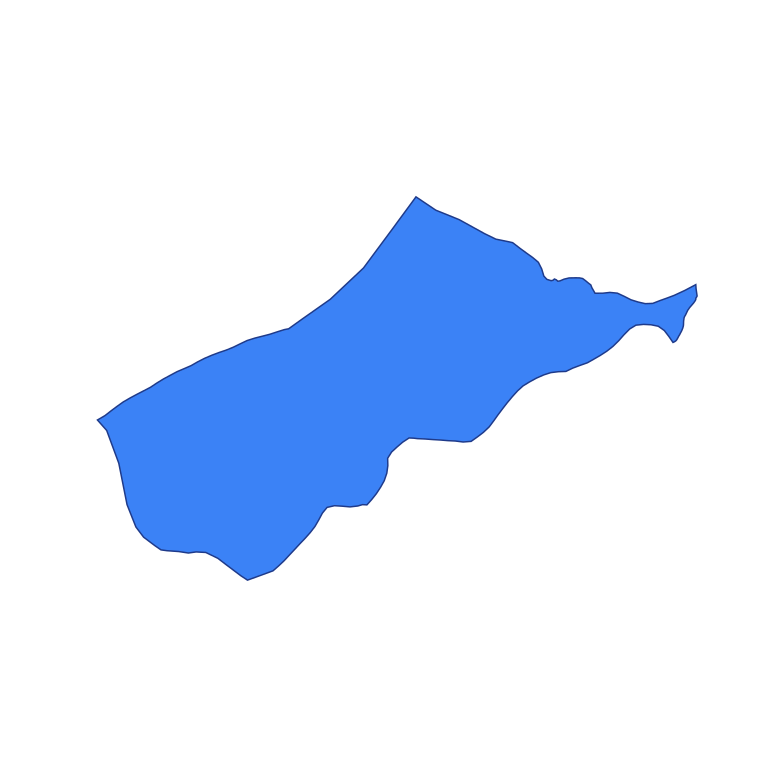 Al Malah, Lahij, Yemen (Mercator projection), rotated 127°
{"feature_id": "15242507B86745983179930", "entity_name": "Al Malah", "entity_type": "district", "adm_level": 2, "iso_a3": "YEM", "parent_name": "Yemen", "parent_adm1": "Lahij", "projection": "mercator", "projection_center": [44.861, 13.381], "detail": "fine", "context": "isolated", "style": "filled", "palette": "blue", "viewbox_px": 768, "rotation_deg": 127, "n_neighbors": 0, "source": "geoboundaries", "source_scale": "gbopen_adm2", "svg_char_len": 2787}
<svg xmlns="http://www.w3.org/2000/svg" viewBox="0 0 768 768"><g transform="rotate(127 384 384)"><path d="M622.8,375.0L614.7,369.7L600.0,360.2L592.8,358.7L585.2,357.4L577.3,356.6L570.0,355.8L562.0,355.0L554.4,354.1L546.9,353.5L539.4,353.4L531.9,354.3L524.2,355.5L516.8,355.2L511.0,350.3L506.9,344.1L502.6,337.2L497.2,331.5L493.3,328.6L490.8,324.9L483.8,324.3L476.3,324.1L468.5,324.6L461.1,325.6L453.5,328.1L446.9,331.8L441.1,336.4L433.7,337.0L426.6,335.7L419.3,334.1L412.0,331.5L409.4,327.7L407.5,324.4L403.2,318.1L398.9,311.4L394.7,305.1L390.8,298.9L386.6,292.7L382.7,285.9L377.4,279.9L370.2,277.6L362.7,275.5L355.0,274.2L347.4,274.2L340.0,274.4L332.3,274.4L324.9,274.3L316.9,273.9L309.1,273.2L301.8,271.8L294.7,269.0L287.6,265.8L280.6,261.9L274.5,257.6L269.2,252.1L264.5,246.3L257.7,242.8L251.1,238.6L244.6,234.3L237.7,231.3L230.8,228.4L223.7,225.8L216.2,223.8L208.2,222.6L200.5,222.0L192.2,220.9L185.4,218.2L180.2,212.6L176.0,206.4L172.8,199.7L172.6,192.3L174.6,185.1L176.9,178.2L175.8,177.6L174.6,177.1L173.9,176.9L172.8,176.8L171.6,176.9L169.6,177.2L169.2,177.3L167.8,177.5L167.1,177.5L165.9,177.7L164.9,177.9L163.4,178.1L162.3,178.3L160.8,178.7L159.7,179.0L158.4,179.5L157.4,179.9L156.4,180.5L155.4,181.2L154.3,182.0L153.1,182.8L152.1,183.3L151.1,183.9L149.9,184.4L148.8,184.6L147.6,184.7L146.1,185.0L142.3,185.8L141.3,185.8L140.8,185.8L139.6,185.9L138.3,185.9L138.1,185.8L137.6,185.8L134.6,185.6L133.1,185.5L130.0,185.6L128.8,185.9L128.3,186.2L127.9,186.6L126.3,186.7L125.3,186.9L120.0,192.2L117.0,194.8L128.1,200.0L138.6,205.6L144.9,209.6L151.3,213.8L157.9,217.9L162.6,223.7L165.6,230.4L168.1,237.4L169.4,244.8L171.0,252.3L174.9,258.7L179.9,264.0L184.5,270.1L182.0,275.9L180.4,278.5L180.4,281.1L180.2,285.2L180.2,288.8L181.6,291.7L183.9,294.9L184.7,295.9L187.9,300.0L191.9,303.3L195.7,305.5L197.3,307.0L197.1,309.1L197.6,311.1L199.5,311.5L200.9,312.7L202.4,316.9L201.6,321.3L197.2,327.3L193.9,334.0L193.5,341.4L193.7,349.2L193.8,356.8L193.7,364.7L193.7,366.3L195.3,369.9L200.1,380.0L201.0,381.8L203.4,394.2L207.5,422.9L214.0,447.2L215.3,471.1L229.4,470.9L247.0,470.7L253.1,470.6L303.7,470.2L348.7,477.9L381.3,488.4L397.3,493.4L400.5,496.3L406.5,500.6L413.1,505.2L419.0,509.9L425.1,514.8L431.7,519.5L438.6,523.1L445.3,526.5L452.0,530.5L458.0,534.6L464.6,538.8L471.4,542.7L478.6,546.2L485.4,549.1L492.1,552.9L498.7,556.7L505.6,559.9L512.8,563.2L520.2,566.1L527.1,568.5L533.8,571.7L541.1,575.2L547.8,578.3L555.1,581.4L562.4,583.7L569.6,585.8L576.7,587.7L577.1,587.8L583.8,590.6L585.2,591.2L588.0,577.5L606.9,548.1L635.0,516.6L647.5,496.1L651.0,483.8L651.0,476.1L651.0,469.7L650.7,462.3L647.8,457.1L641.4,447.2L636.7,438.5L631.2,433.0L626.5,426.0L625.8,425.0L623.2,411.8L623.3,402.1L623.3,389.2L623.3,383.1L622.8,375.0Z" fill="#3b82f6" stroke="#1e3a8a" stroke-width="1.5"/></g></svg>